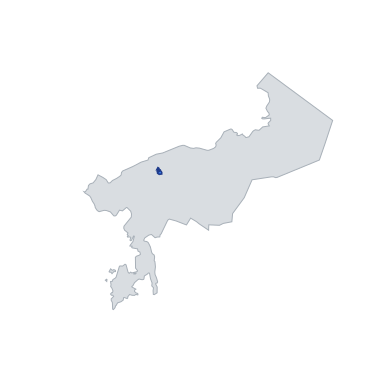 location of Kagan city, Bukhoro, Uzbekistan, rotated 121°
{"feature_id": "79887680B25452666066533", "entity_name": "Kagan city", "entity_type": "district", "adm_level": 2, "iso_a3": "UZB", "parent_name": "Uzbekistan", "parent_adm1": "Bukhoro", "projection": "albers", "projection_center": [64.532, 39.692], "detail": "fine", "context": "in_parent", "style": "filled", "palette": "blue", "viewbox_px": 384, "rotation_deg": 121, "n_neighbors": 0, "source": "geoboundaries", "source_scale": "gbopen_adm2", "svg_char_len": 4323}
<svg xmlns="http://www.w3.org/2000/svg" viewBox="0 0 384 384"><g transform="rotate(121 192 192)"><path d="M291.4,172.9L296.4,170.0L299.4,171.5L299.7,172.4L296.7,174.5L293.9,175.7L293.2,178.1L290.5,179.4L287.8,182.8L283.6,186.5L283.5,187.2L284.0,187.7L285.4,188.0L288.5,189.6L291.3,188.4L292.0,188.6L292.9,189.6L293.9,192.6L295.2,193.3L299.4,194.6L302.5,194.4L304.1,194.9L304.4,194.6L304.2,190.1L305.6,190.7L306.9,190.0L307.3,187.8L306.9,186.3L307.9,185.4L308.4,185.9L308.6,187.3L310.2,188.0L311.4,190.2L312.0,192.7L314.9,193.1L315.9,192.5L316.7,192.7L317.4,195.9L317.8,196.2L320.2,195.3L322.7,196.4L325.4,198.7L328.3,198.6L328.9,198.9L330.9,198.4L333.3,198.8L333.4,199.2L333.1,199.8L327.8,203.3L326.4,205.5L325.2,206.2L321.8,205.4L321.3,206.7L322.0,207.9L321.4,209.3L319.6,209.0L319.2,208.3L317.5,208.8L315.7,211.1L314.9,213.0L313.1,213.7L310.7,215.7L309.6,214.3L307.8,214.7L305.3,213.4L304.1,213.2L293.3,215.9L292.5,215.7L291.2,213.3L288.4,212.2L288.4,211.0L293.6,205.6L294.1,204.0L292.2,203.3L292.4,201.9L288.6,198.2L287.9,198.0L287.5,198.2L286.3,201.2L277.1,206.9L275.6,206.5L273.4,204.7L271.9,204.1L270.3,205.8L270.5,207.8L268.8,209.4L270.7,214.5L270.5,215.2L269.3,215.4L270.3,217.4L269.6,217.6L264.9,217.1L259.6,218.6L259.8,219.4L264.6,219.0L265.3,219.3L265.4,220.0L265.1,220.4L262.6,221.0L262.4,221.8L263.8,224.1L263.3,224.6L262.3,224.2L261.7,225.7L260.1,225.7L259.4,230.2L258.1,231.9L256.3,232.7L244.8,231.1L241.9,232.6L240.0,234.7L238.8,239.6L239.0,240.2L244.0,241.9L244.9,244.8L250.8,244.9L251.8,245.3L252.4,246.0L252.7,246.8L251.1,251.7L252.0,256.0L253.0,257.9L256.7,261.5L256.7,263.6L255.9,265.5L255.0,267.1L254.0,267.9L252.5,269.9L251.3,272.5L248.9,275.9L248.1,277.7L248.0,283.0L247.4,284.7L247.3,284.1L246.3,283.5L243.6,283.4L243.1,282.7L239.7,284.1L237.5,283.6L235.2,281.5L231.0,280.8L225.7,281.4L225.4,276.0L225.6,271.9L227.3,268.6L227.2,268.0L226.3,266.9L223.1,266.1L219.3,263.7L215.8,262.0L213.8,261.5L211.6,262.5L209.6,262.2L200.4,255.7L192.6,251.0L187.3,246.2L184.8,246.7L178.0,242.1L173.7,237.3L159.4,226.6L156.7,223.9L156.0,222.6L155.1,216.1L153.8,213.1L152.1,211.4L150.6,208.3L148.5,200.6L147.7,199.2L143.5,195.9L141.1,195.0L139.3,195.5L138.3,196.7L136.9,196.8L130.7,195.2L123.9,195.5L118.1,191.3L117.8,190.7L117.8,189.7L119.1,187.1L118.9,186.0L118.2,184.8L118.3,183.5L118.8,182.8L119.9,183.1L120.3,182.6L120.2,181.9L118.9,180.3L116.3,178.7L116.9,177.7L117.1,175.3L117.6,174.0L117.3,173.5L115.3,171.6L108.7,171.1L107.2,170.5L106.0,169.7L104.9,166.9L104.3,166.2L99.8,164.9L95.5,159.8L94.4,161.9L93.5,162.2L90.1,161.4L88.2,162.6L92.2,167.8L93.0,169.3L92.9,170.2L91.7,170.2L90.7,167.8L90.0,167.1L86.0,165.5L84.6,166.9L84.1,168.7L82.1,171.8L80.0,172.2L75.0,172.0L73.5,172.6L72.4,173.3L70.3,176.0L67.7,177.9L67.8,186.9L69.3,189.2L67.5,191.0L50.6,188.1L58.2,108.3L82.0,102.9L99.0,99.3L135.7,126.6L136.6,127.7L137.0,129.9L138.0,131.6L150.6,146.8L170.0,144.3L189.6,146.1L197.0,142.5L202.8,149.0L206.4,151.3L211.5,160.7L216.2,158.1L215.6,169.5L215.1,172.9L215.1,179.7L223.1,179.8L225.0,190.7L226.9,197.5L228.7,198.3L243.8,196.9L245.0,197.3L247.1,196.5L248.6,198.7L250.2,200.1L249.3,204.9L251.2,206.8L255.6,208.8L258.2,208.6L258.6,207.8L258.4,206.7L257.8,205.5L257.8,204.1L258.1,203.1L260.5,199.4L264.4,195.6L265.3,194.2L265.5,192.0L266.9,190.6L270.4,189.0L270.8,187.9L275.0,184.8L279.7,182.7L281.8,181.1L283.8,178.3L286.7,175.2L287.9,175.0L288.7,175.9L289.5,175.9L291.4,172.9ZM292.2,199.8L291.6,198.4L290.8,198.0L290.4,198.2L291.7,199.9L292.2,199.8ZM303.1,222.0L299.8,222.2L300.2,220.0L298.9,219.1L298.6,218.0L298.8,217.0L299.6,216.6L300.6,218.0L303.2,218.5L302.5,220.1L303.2,221.6L303.1,222.0ZM312.6,219.0L312.2,220.9L310.7,220.2L310.9,219.7L312.6,219.0Z" fill="#d9dde1" stroke="#a8b0b8" stroke-width="1"/><path d="M190.1,230.6L190.1,230.8L189.9,231.0L189.6,231.0L190.0,231.6L189.7,231.7L189.7,232.0L189.6,232.4L188.9,232.3L188.7,232.6L188.6,232.9L188.6,233.8L191.1,233.7L190.6,233.0L190.9,232.9L191.6,232.7L191.9,232.2L192.3,232.4L192.7,231.7L192.9,231.8L193.2,231.5L192.9,231.2L193.0,231.0L193.7,231.0L193.8,229.2L193.5,229.1L193.0,228.7L193.0,228.2L192.7,227.8L192.1,227.2L191.9,227.4L190.9,227.9L190.6,228.3L190.4,228.8L190.2,229.1L190.2,229.6L190.0,229.8L190.0,230.2L190.1,230.6ZM191.5,231.0L191.3,231.1L191.1,230.9L191.3,230.7L191.5,231.0Z" fill="#3b82f6" stroke="#1e3a8a" stroke-width="1.5"/></g></svg>